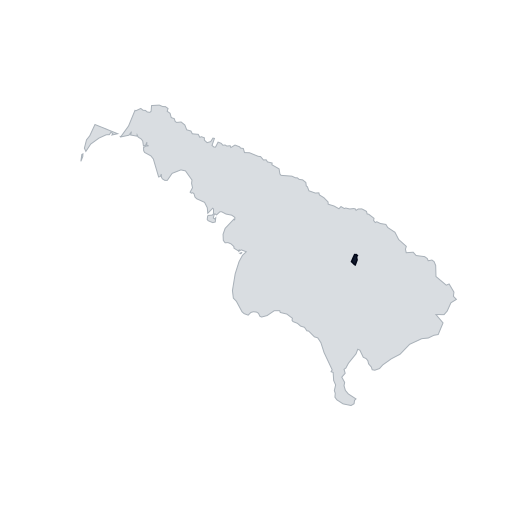 location of General Belgrano, La Rioja, Argentina, rotated 113°
{"feature_id": "61730980B43723065760012", "entity_name": "General Belgrano", "entity_type": "district", "adm_level": 2, "iso_a3": "ARG", "parent_name": "Argentina", "parent_adm1": "La Rioja", "projection": "albers", "projection_center": [-66.207, -30.562], "detail": "fine", "context": "in_parent", "style": "filled", "palette": "ink", "viewbox_px": 512, "rotation_deg": 113, "n_neighbors": 0, "source": "geoboundaries", "source_scale": "gbopen_adm2", "svg_char_len": 4243}
<svg xmlns="http://www.w3.org/2000/svg" viewBox="0 0 512 512"><g transform="rotate(113 256 256)"><path d="M310.4,162.4L307.2,167.2L307.6,170.6L304.5,178.3L305.0,179.9L302.7,183.5L303.1,187.6L301.8,191.5L301.9,196.4L301.0,197.8L299.1,198.1L297.4,204.9L298.5,211.6L297.1,212.8L299.2,217.8L306.5,222.5L310.0,227.0L310.0,228.8L307.8,231.3L307.4,233.5L308.3,236.6L310.0,238.7L313.5,240.1L313.7,244.4L312.8,247.1L305.4,256.3L303.6,260.4L297.0,264.2L280.5,268.2L267.8,269.4L260.6,268.7L255.9,266.6L256.1,272.0L258.4,273.7L257.1,273.8L258.1,274.8L257.4,279.3L255.9,280.1L254.6,283.7L254.6,287.0L255.9,289.6L254.4,292.2L248.9,294.8L242.6,295.2L230.8,290.8L231.3,290.1L230.7,289.8L228.7,290.6L227.9,294.3L229.1,300.0L228.7,304.9L229.4,306.5L233.6,308.4L233.2,310.4L234.7,310.6L237.7,310.2L238.1,308.6L236.5,308.0L240.6,306.8L242.2,308.9L242.2,313.9L241.4,315.2L238.2,316.1L237.3,315.8L235.5,312.3L234.0,311.6L229.4,313.4L228.9,314.5L235.5,317.1L230.6,319.7L226.7,324.3L226.5,332.9L225.6,335.2L222.9,337.4L222.5,339.1L223.4,340.0L223.0,341.6L218.0,341.1L214.3,343.7L211.1,344.6L205.2,354.2L206.1,358.8L212.7,365.5L221.0,367.2L222.0,369.5L221.6,372.1L220.6,373.7L217.6,375.2L220.2,375.2L221.3,376.5L206.8,388.4L204.9,391.9L204.2,399.0L203.0,400.5L200.1,401.9L198.1,400.5L196.5,397.9L196.6,400.0L193.8,400.9L197.1,400.9L198.7,402.6L194.3,405.3L193.1,407.6L192.6,410.9L190.9,412.8L192.2,412.4L193.6,418.7L190.2,419.2L194.4,420.1L199.4,427.2L199.0,427.7L198.8,427.0L186.1,424.1L169.2,424.3L169.3,423.4L165.2,419.7L166.0,416.9L165.2,414.6L165.9,412.5L165.3,409.9L163.8,409.1L158.3,410.9L154.9,404.0L154.9,400.2L153.9,397.8L154.6,394.6L157.5,394.3L158.2,390.9L161.7,388.1L161.5,384.9L163.7,383.0L164.1,381.3L161.9,377.3L163.2,372.7L166.9,369.1L166.4,364.7L168.4,362.4L166.6,356.7L168.7,354.1L167.5,352.8L167.4,349.7L169.5,348.8L170.8,345.3L168.4,342.4L164.3,341.7L164.0,340.2L171.4,339.7L172.2,337.2L171.6,335.8L166.0,335.4L165.9,332.0L167.0,329.8L165.9,327.8L166.2,325.8L164.6,322.9L166.0,321.5L162.1,318.7L161.9,313.7L162.7,312.4L162.0,309.7L165.3,307.0L163.5,302.3L163.4,293.0L162.7,290.6L164.7,286.7L163.5,284.2L164.9,282.2L164.1,277.5L165.8,277.0L166.8,268.8L171.1,266.1L172.0,264.5L168.5,254.2L168.6,250.2L167.9,248.5L168.6,246.2L167.7,242.8L168.9,238.8L171.9,237.1L172.2,235.7L175.3,232.8L174.9,226.1L173.3,222.8L175.0,221.5L175.8,216.3L178.1,210.8L180.1,209.8L179.5,203.7L180.1,198.1L177.3,197.1L177.8,193.2L176.8,192.2L176.1,188.1L174.1,184.5L173.9,182.8L174.9,181.7L172.8,180.3L171.3,177.0L171.5,173.8L171.8,171.7L173.9,170.1L173.5,168.6L175.2,162.1L177.4,161.6L178.6,159.3L177.3,158.2L177.5,154.3L176.2,148.8L178.3,145.9L179.9,137.3L185.1,131.1L188.4,121.4L191.3,121.1L194.3,119.0L191.1,112.8L193.0,108.8L190.7,100.5L191.4,97.4L193.1,95.6L191.0,92.5L191.6,89.9L194.5,86.9L204.6,82.3L208.5,69.5L206.3,67.3L211.9,59.7L216.0,58.5L217.6,54.6L222.9,58.3L232.0,58.5L236.5,60.0L239.6,67.5L244.5,57.7L257.1,57.6L259.5,61.3L264.2,65.4L267.3,71.1L277.3,80.1L290.1,85.0L297.8,91.3L306.8,96.8L311.3,98.3L314.7,102.0L315.3,104.6L313.1,106.5L311.3,110.2L308.6,112.2L307.4,114.6L307.3,117.7L302.1,123.6L302.1,125.9L307.0,125.7L318.5,129.0L324.1,129.5L325.9,130.7L329.1,128.1L334.0,129.7L337.7,125.0L341.0,124.3L344.8,121.2L346.9,117.1L348.5,108.1L350.4,108.9L353.7,108.0L356.5,110.1L358.1,118.1L356.8,125.4L355.1,128.2L351.4,129.4L349.3,131.3L343.6,132.3L340.2,135.9L333.0,139.5L333.2,141.7L331.0,141.4L318.3,155.6L310.4,162.4ZM197.9,455.6L197.5,431.1L200.9,435.9L199.3,435.6L198.8,437.9L201.6,438.4L202.9,441.2L208.8,446.6L217.6,451.9L226.2,453.5L223.8,456.1L215.3,457.4L210.3,456.0L197.9,455.6ZM229.6,455.2L232.2,454.3L237.3,454.2L230.6,456.0L229.6,455.2ZM259.9,270.9L259.8,272.0L258.1,270.2L259.9,270.9Z" fill="#d9dde1" stroke="#a8b0b8" stroke-width="1"/><path d="M223.9,165.9L224.3,164.7L225.2,162.6L225.5,161.2L225.4,161.2L224.6,161.2L223.8,161.2L223.0,161.3L222.7,161.3L220.1,161.4L218.8,162.3L218.5,162.4L217.5,163.1L216.0,162.9L216.0,163.0L215.9,163.3L215.9,163.5L215.7,163.6L215.7,163.8L215.6,164.0L215.5,164.3L215.5,164.5L215.8,164.8L215.9,165.0L216.0,165.1L216.1,165.3L216.2,165.5L216.2,165.8L219.8,165.9L220.0,165.9L220.4,165.9L221.9,165.9L222.0,165.9L222.5,165.9L223.8,165.9L223.9,165.9Z" fill="#0f172a" stroke="#020617" stroke-width="1.5"/></g></svg>